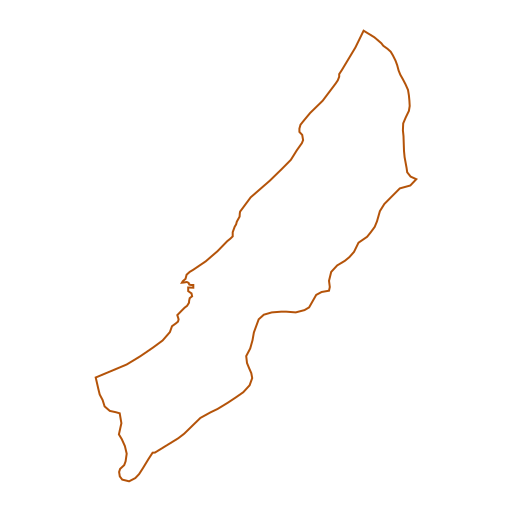 the district of Bintulu, Sarawak, Malaysia
{"feature_id": "92858781B86013998002036", "entity_name": "Bintulu", "entity_type": "district", "adm_level": 2, "iso_a3": "MYS", "parent_name": "Malaysia", "parent_adm1": "Sarawak", "projection": "natural_earth1", "projection_center": [113.204, 3.314], "detail": "fine", "context": "isolated", "style": "outline", "palette": "amber", "viewbox_px": 512, "rotation_deg": 0, "n_neighbors": 0, "source": "geoboundaries", "source_scale": "gbopen_adm2", "svg_char_len": 2190}
<svg xmlns="http://www.w3.org/2000/svg" viewBox="0 0 512 512"><path d="M154.9,452.6L178.2,438.3L184.2,433.7L193.0,425.1L200.4,417.9L210.6,412.3L217.5,409.0L227.7,402.8L235.7,397.5L243.3,392.2L249.6,385.3L252.2,378.1L251.3,373.2L249.0,367.9L247.0,363.0L246.2,356.1L250.2,348.5L252.5,340.3L253.9,332.4L258.7,319.3L263.8,314.7L271.8,312.4L280.9,311.7L286.6,311.7L295.7,312.4L304.5,310.1L309.1,307.4L316.2,294.9L321.6,292.0L329.0,290.7L329.8,287.0L329.0,280.8L331.2,271.9L337.2,265.4L344.9,260.8L349.4,257.1L354.0,251.9L358.5,242.7L367.1,236.8L370.8,232.2L374.7,226.9L377.0,221.3L379.9,211.1L384.4,203.9L399.8,188.4L410.3,185.5L416.3,179.2L410.6,176.6L407.2,172.3L406.6,168.1L404.6,157.2L404.0,151.0L403.5,136.2L402.9,130.3L403.2,123.4L405.7,117.5L408.9,110.9L409.7,106.0L409.4,100.7L408.9,95.4L408.0,89.9L405.5,84.3L402.9,79.3L400.3,74.7L398.6,70.5L397.2,65.2L395.5,60.6L392.9,55.4L390.7,51.7L387.5,48.8L383.3,45.8L381.3,43.2L374.4,37.3L363.6,30.7L355.4,47.5L342.0,69.8L339.2,74.1L339.2,76.7L337.8,80.3L335.8,83.3L322.7,100.7L310.2,112.9L304.2,120.1L300.5,124.7L299.4,128.6L299.4,131.9L302.2,134.9L303.1,140.1L301.9,143.1L296.8,150.3L293.7,155.3L290.8,159.9L281.7,169.1L269.8,180.7L250.7,197.3L240.1,211.6L239.8,213.3L239.6,216.6L236.8,221.7L236.1,224.4L234.7,226.7L232.7,232.2L232.7,236.4L230.3,238.7L227.2,241.2L224.1,244.4L217.4,251.3L214.1,254.1L205.9,261.2L193.2,269.8L189.7,271.9L186.6,274.7L186.1,276.6L185.5,278.9L182.8,281.2L181.9,282.7L183.9,282.5L185.7,282.2L186.8,282.0L188.6,282.9L189.3,284.6L190.2,284.8L191.0,285.0L193.3,285.0L193.3,287.7L188.2,287.5L188.2,291.1L189.3,291.9L191.5,293.4L192.1,296.3L190.4,297.6L189.7,298.2L189.1,301.0L189.0,302.7L187.1,305.8L184.6,307.7L181.9,310.4L177.3,315.1L178.6,319.3L178.0,321.6L176.0,323.3L172.0,326.2L169.9,332.1L162.6,340.5L153.1,347.5L140.2,356.3L126.7,364.5L95.7,377.5L97.0,383.1L98.3,388.8L99.7,394.5L102.6,400.0L104.6,406.4L109.8,410.9L115.8,412.2L119.7,413.3L121.4,423.2L118.9,434.4L121.8,439.2L124.9,446.1L126.7,453.7L125.6,461.3L124.2,465.1L120.1,468.9L119.1,472.0L119.8,476.4L122.2,479.6L129.1,481.3L135.3,478.1L139.1,474.1L142.9,468.2L148.5,459.0L152.6,452.7L154.9,452.6Z" fill="none" stroke="#b45309" stroke-width="2"/></svg>